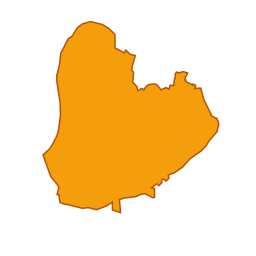 Jos North, Plateau, Nigeria (Natural Earth projection), rotated 197°
{"feature_id": "59680162B88998270560680", "entity_name": "Jos North", "entity_type": "district", "adm_level": 2, "iso_a3": "NGA", "parent_name": "Nigeria", "parent_adm1": "Plateau", "projection": "natural_earth1", "projection_center": [8.888, 9.939], "detail": "fine", "context": "isolated", "style": "filled", "palette": "amber", "viewbox_px": 256, "rotation_deg": 197, "n_neighbors": 0, "source": "geoboundaries", "source_scale": "gbopen_adm2", "svg_char_len": 2182}
<svg xmlns="http://www.w3.org/2000/svg" viewBox="0 0 256 256"><g transform="rotate(197 128 128)"><path d="M166.6,36.6L165.9,36.5L165.3,37.0L161.8,37.2L158.4,37.4L153.2,37.6L148.0,37.9L142.9,40.2L138.4,40.4L137.7,40.4L134.3,40.6L125.9,47.1L121.3,52.4L118.9,45.1L110.4,44.9L115.3,57.1L110.9,60.0L100.7,64.5L95.7,68.8L92.2,70.1L83.7,68.6L82.3,69.5L84.9,77.8L88.0,77.8L84.3,83.0L81.5,82.0L79.6,85.8L80.8,87.9L79.3,89.6L76.2,88.2L74.2,91.9L75.6,94.5L74.3,96.1L70.9,98.3L64.3,106.7L59.6,117.0L59.4,117.2L54.6,123.3L51.3,127.5L48.1,133.7L47.8,135.1L46.6,139.8L41.9,150.2L42.2,158.2L45.6,163.0L51.0,163.8L52.9,165.7L58.3,171.5L63.7,177.3L67.4,183.1L69.3,186.2L70.1,187.4L73.2,186.3L74.0,186.1L75.4,185.2L75.8,185.1L75.8,186.7L75.7,188.6L78.9,189.0L79.1,187.9L80.5,188.4L86.2,189.3L86.4,189.5L86.6,190.7L87.9,190.6L87.9,192.2L87.9,193.4L87.0,198.0L91.0,198.1L91.7,198.0L93.4,196.9L94.2,196.4L95.8,195.6L96.7,195.3L97.5,195.9L98.7,194.0L97.9,190.6L97.5,189.1L97.9,188.2L97.1,183.8L96.6,182.2L96.6,181.8L97.2,181.8L97.7,181.9L98.5,181.5L99.2,181.6L100.3,181.2L100.2,178.8L100.2,177.2L100.9,177.3L101.4,177.3L101.7,177.4L102.2,177.6L102.4,177.5L102.7,177.6L103.2,177.6L103.4,177.7L103.5,177.5L104.1,177.6L104.2,177.3L104.0,177.1L105.6,175.9L107.0,174.7L107.8,174.1L109.6,175.8L111.2,176.6L112.7,177.4L113.0,177.8L113.8,178.1L116.4,177.6L116.8,177.5L119.7,176.1L121.8,174.7L123.3,171.7L124.0,168.8L124.7,169.3L125.3,169.6L125.9,169.8L126.3,169.8L126.6,169.8L127.0,169.4L128.1,167.8L128.8,167.1L129.7,166.8L131.5,170.1L136.8,173.2L137.2,173.6L137.5,177.0L138.3,179.3L138.8,182.6L140.5,184.0L141.4,184.3L142.0,188.8L142.2,199.4L147.5,199.1L152.9,201.9L153.5,198.8L156.8,199.4L160.7,200.3L163.4,200.5L164.1,201.5L164.6,202.9L165.7,207.1L168.0,213.7L170.1,214.8L175.9,217.8L182.9,219.5L189.8,219.1L195.0,218.8L201.7,214.5L205.4,209.7L206.6,206.1L208.0,200.0L211.3,195.8L212.7,187.7L214.1,179.6L211.9,167.6L211.5,157.5L209.6,151.6L205.8,143.7L200.1,131.9L198.6,127.1L198.2,126.0L196.2,120.0L193.9,106.0L193.7,100.0L195.1,91.9L196.6,85.8L201.4,77.4L187.6,58.9L178.2,52.7L176.7,50.5L176.4,43.6L174.3,43.8L173.1,40.6L171.2,36.8L166.6,36.6Z" fill="#f59e0b" stroke="#b45309" stroke-width="1.5"/></g></svg>